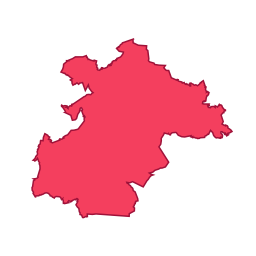 outline of Tepeji del Río de Ocampo, Hidalgo, Mexico, rotated 263°
{"feature_id": "50627088B70341561261436", "entity_name": "Tepeji del Río de Ocampo", "entity_type": "district", "adm_level": 2, "iso_a3": "MEX", "parent_name": "Mexico", "parent_adm1": "Hidalgo", "projection": "natural_earth1", "projection_center": [-99.356, 19.894], "detail": "fine", "context": "isolated", "style": "filled", "palette": "rose", "viewbox_px": 256, "rotation_deg": 263, "n_neighbors": 0, "source": "geoboundaries", "source_scale": "gbopen_adm2", "svg_char_len": 5830}
<svg xmlns="http://www.w3.org/2000/svg" viewBox="0 0 256 256"><g transform="rotate(263 128 128)"><path d="M78.4,147.2L79.4,145.1L80.7,143.7L81.2,147.3L82.8,149.7L83.5,153.4L84.3,155.3L84.1,156.9L84.8,160.4L89.1,164.2L105.5,156.4L107.9,158.5L111.3,159.5L113.6,159.7L117.1,162.6L118.6,163.4L117.3,166.7L117.7,167.5L117.1,167.6L116.0,168.9L116.0,169.3L116.8,169.6L117.5,170.4L117.9,171.4L117.8,174.8L117.5,175.4L114.7,177.0L112.8,180.3L112.2,183.2L112.7,189.6L111.7,189.1L111.2,190.1L111.6,190.4L111.6,190.9L111.1,190.5L110.5,191.0L110.7,192.4L109.8,194.0L109.6,195.2L109.1,195.7L109.0,197.5L109.5,198.6L109.3,202.9L110.4,203.3L110.8,203.9L110.9,204.9L112.2,206.5L111.9,207.2L115.6,209.6L113.1,211.5L110.1,212.1L108.1,213.5L107.4,214.4L107.5,215.7L106.5,218.5L106.7,219.0L107.2,218.4L107.6,218.8L107.2,219.3L107.4,219.5L107.0,220.2L107.2,220.4L108.7,220.9L109.7,220.8L111.7,219.5L113.0,219.9L112.8,221.1L111.8,221.7L111.7,222.7L110.0,223.1L109.6,223.6L110.7,224.1L109.2,225.0L108.2,225.1L109.0,226.8L109.7,225.8L110.8,226.8L110.5,227.5L111.7,230.5L111.9,230.3L112.1,230.7L113.6,229.8L116.0,227.1L117.1,227.3L118.1,226.8L118.9,225.4L118.2,225.2L118.2,224.9L119.0,224.4L119.1,223.6L120.5,221.8L122.7,223.3L129.5,222.0L131.4,223.9L131.5,225.0L133.1,225.4L133.3,226.8L134.0,226.9L134.9,225.5L137.2,224.2L138.9,223.8L139.7,222.9L139.3,221.7L140.2,221.4L137.9,219.4L139.4,217.3L137.8,217.0L138.9,215.9L139.1,213.7L138.8,212.7L138.1,212.3L138.6,210.3L140.1,209.8L140.3,211.5L140.9,211.4L140.4,209.9L141.9,211.3L142.6,206.2L143.1,204.9L145.0,205.5L145.3,206.1L144.8,206.3L144.8,206.7L145.4,206.9L145.6,207.5L145.0,207.8L145.3,208.5L148.6,209.4L150.4,210.3L150.3,210.8L151.1,211.7L152.3,212.4L153.3,212.0L153.5,212.5L154.5,211.4L154.1,210.5L154.7,210.8L155.1,210.1L157.1,209.6L158.5,210.2L158.8,209.6L159.4,210.3L160.5,209.3L160.6,209.6L165.8,208.5L164.8,206.6L164.0,206.0L164.2,205.4L162.8,204.3L161.5,202.2L162.6,200.6L162.4,199.0L163.6,197.9L164.3,196.4L165.5,195.7L164.9,195.9L165.0,194.4L164.7,195.9L164.3,194.5L163.3,194.9L163.2,194.5L162.2,195.3L162.0,194.7L163.0,194.3L163.4,193.1L164.4,192.0L164.2,191.3L164.8,191.1L164.4,190.4L165.5,189.4L166.3,189.3L166.0,187.5L166.3,187.1L167.1,187.1L168.2,184.2L169.0,183.3L169.8,183.7L170.2,182.7L169.6,182.1L172.6,177.1L180.1,175.4L180.4,173.4L181.0,172.5L183.4,170.9L185.5,172.7L186.6,166.4L187.8,162.2L189.2,161.7L191.0,157.5L191.6,157.0L192.4,156.5L194.1,157.1L202.5,157.1L203.8,155.8L207.3,156.5L208.9,148.3L211.9,143.5L215.5,143.7L215.8,145.0L213.2,132.8L212.3,132.3L211.6,130.7L210.1,129.5L209.9,128.5L209.3,128.7L208.9,126.9L208.2,127.0L208.1,126.5L205.2,128.6L203.9,132.7L202.5,132.2L200.2,130.2L199.3,129.1L198.4,125.5L197.8,125.6L197.3,124.3L196.5,124.5L196.5,122.0L195.8,120.5L195.0,120.5L194.5,119.6L193.8,119.8L193.7,118.6L192.2,118.8L192.1,117.5L193.2,117.3L193.3,117.0L192.5,115.8L191.1,115.1L190.1,112.3L190.3,110.4L190.9,110.1L191.1,109.1L190.6,108.8L189.6,109.1L189.7,107.6L188.7,107.0L189.4,105.0L190.1,104.6L191.0,105.3L192.1,104.3L194.2,104.9L194.7,104.0L195.7,104.0L198.4,105.0L199.4,102.7L198.6,102.4L200.0,99.0L201.1,97.5L200.9,96.8L203.3,96.1L203.2,95.6L204.9,95.4L204.1,91.8L205.0,84.4L203.6,81.4L202.5,77.3L202.0,77.4L202.3,75.3L201.5,75.5L199.2,71.9L196.5,71.3L194.3,70.3L191.7,68.3L189.8,71.7L190.0,72.0L188.3,73.1L188.2,74.1L187.6,74.2L187.5,75.2L186.0,76.2L183.7,78.8L182.7,76.6L181.4,78.1L179.2,77.9L177.2,78.6L178.1,80.7L177.9,80.9L179.0,82.8L177.4,84.4L178.4,85.4L178.6,88.4L170.4,90.2L175.6,93.9L172.3,94.3L168.8,96.3L167.3,97.6L167.0,96.7L165.6,95.1L166.1,93.3L166.1,91.2L164.7,89.4L164.5,88.3L158.2,76.0L158.5,75.5L158.3,75.0L156.9,75.0L156.7,74.5L157.2,73.3L155.7,71.0L154.6,70.9L155.0,70.4L156.1,70.5L156.2,69.4L156.7,70.4L157.3,70.2L157.9,68.1L157.7,66.4L158.8,64.9L158.5,64.7L157.5,64.7L156.7,65.6L153.0,67.5L150.9,68.0L150.9,67.6L147.6,72.8L142.5,73.7L142.6,76.7L143.7,78.1L147.7,79.8L150.7,82.3L151.2,82.1L151.7,82.7L152.6,82.6L153.6,83.2L153.9,84.0L153.2,84.6L151.7,85.1L151.2,84.8L151.1,84.0L150.4,84.2L145.6,85.3L145.7,86.0L144.5,86.5L144.4,85.5L143.7,86.3L142.4,85.5L140.4,85.6L133.2,78.6L132.8,77.6L132.4,74.2L132.6,71.3L128.6,67.3L128.0,64.9L126.8,62.6L126.5,62.4L125.9,63.1L125.0,60.8L125.5,58.9L124.9,58.4L124.3,58.7L122.5,51.1L123.8,49.3L124.6,50.5L126.0,49.8L125.9,48.7L126.4,47.7L128.5,49.2L129.3,48.0L130.6,47.4L132.5,44.8L129.0,42.9L125.7,42.1L126.3,39.9L126.0,39.6L122.9,38.9L122.2,37.7L121.4,37.1L121.0,37.3L120.5,36.8L120.2,37.3L119.3,37.1L118.6,36.3L118.0,36.3L117.7,35.6L116.4,35.5L115.6,34.9L113.7,35.1L112.6,34.8L111.1,33.1L109.1,32.0L107.6,30.0L107.4,30.8L106.6,31.5L107.1,32.7L109.0,34.5L105.9,35.2L104.3,36.0L103.3,35.5L101.4,36.0L98.1,35.7L90.8,32.5L90.2,32.8L89.4,31.9L89.0,30.5L89.0,28.1L88.3,29.0L87.8,29.1L87.1,27.7L81.5,26.2L80.6,25.5L77.9,25.3L75.8,26.4L74.8,25.8L70.9,27.6L70.9,27.9L71.4,27.9L71.8,28.5L71.6,31.3L72.3,32.0L72.0,33.4L72.5,34.0L72.5,35.2L73.5,37.5L73.6,39.3L72.8,41.0L71.2,42.3L70.2,42.5L69.6,44.0L68.7,44.5L67.5,46.3L68.2,46.7L68.8,48.3L68.1,51.7L67.2,52.7L65.6,53.1L65.4,53.8L65.7,54.3L65.1,54.0L65.2,54.4L63.8,54.9L61.1,54.7L61.1,55.9L60.7,56.0L61.1,59.9L61.8,59.2L63.1,60.3L62.6,61.3L61.9,61.6L62.1,62.1L61.7,62.3L62.4,63.6L62.7,63.5L63.7,66.7L63.2,67.2L64.2,68.5L64.1,68.9L63.6,68.9L63.5,69.5L62.9,69.7L61.7,68.4L61.0,69.1L58.1,67.0L55.6,68.2L54.2,69.4L50.7,69.5L49.7,70.1L48.0,69.8L47.3,71.3L44.7,72.0L44.5,73.0L45.3,75.4L45.3,76.1L44.9,76.2L45.0,76.9L47.6,77.1L46.6,82.1L46.6,85.8L40.2,118.4L42.8,118.8L44.9,124.2L47.8,124.7L49.0,123.7L49.5,123.9L50.0,124.6L51.7,125.2L52.0,126.0L53.4,126.2L53.5,126.6L54.3,126.9L54.5,129.0L56.8,129.0L63.7,127.3L65.2,125.6L67.4,125.4L68.5,124.7L68.8,124.1L70.5,123.4L71.3,122.3L73.0,121.3L73.2,120.5L74.2,120.2L73.4,123.0L74.2,126.0L67.7,135.9L73.4,140.4L74.5,141.8L76.5,143.4L78.0,145.3L78.4,147.2Z" fill="#f43f5e" stroke="#9f1239" stroke-width="1.5"/></g></svg>